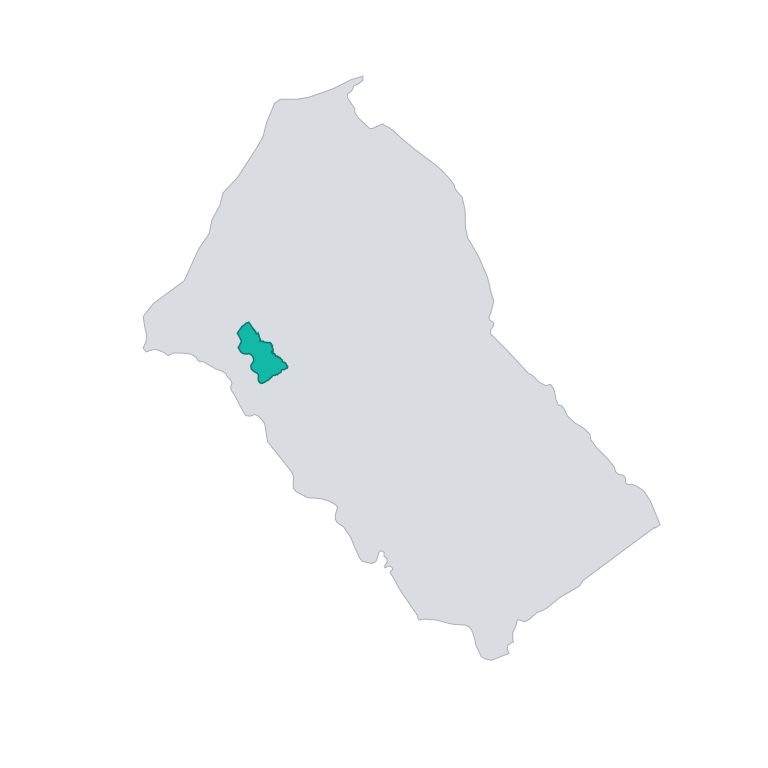 Kwahu Afram Plains North, Eastern, Ghana shown in context, rotated 144°
{"feature_id": "2480657B6837938265733", "entity_name": "Kwahu Afram Plains North", "entity_type": "district", "adm_level": 2, "iso_a3": "GHA", "parent_name": "Ghana", "parent_adm1": "Eastern", "projection": "natural_earth1", "projection_center": [-0.105, 6.867], "detail": "fine", "context": "in_parent", "style": "filled", "palette": "teal", "viewbox_px": 768, "rotation_deg": 144, "n_neighbors": 0, "source": "geoboundaries", "source_scale": "gbopen_adm2", "svg_char_len": 6767}
<svg xmlns="http://www.w3.org/2000/svg" viewBox="0 0 768 768"><g transform="rotate(144 384 384)"><path d="M459.3,97.3L464.2,102.7L465.4,105.9L463.5,117.7L459.9,125.9L457.6,133.7L457.9,137.6L460.1,141.4L467.7,147.5L471.6,151.4L476.2,157.4L481.5,163.3L490.6,170.9L494.4,172.3L494.2,174.4L493.0,177.3L492.2,205.7L491.5,213.0L490.8,216.7L490.0,227.3L489.0,228.8L487.3,228.7L485.7,229.1L485.3,231.2L486.0,233.3L491.4,234.9L490.2,236.5L486.2,237.9L484.3,241.1L485.1,244.8L482.9,247.7L483.5,249.6L485.0,251.1L487.3,250.6L493.7,245.7L496.3,245.1L499.7,246.2L505.8,253.6L506.0,257.3L503.6,269.7L501.1,279.4L500.7,292.2L503.3,299.4L502.9,303.4L500.1,306.8L493.8,311.8L494.3,315.2L497.2,321.5L502.5,328.5L512.9,337.2L518.4,348.6L518.5,353.2L515.3,357.8L511.6,361.8L510.4,367.6L512.1,405.6L503.8,422.1L503.8,426.8L504.6,432.3L506.8,435.6L511.0,436.5L514.4,439.7L513.2,451.3L511.4,463.1L511.1,468.8L510.1,471.5L506.8,473.7L505.7,477.4L506.5,482.0L505.9,485.4L507.6,489.8L511.4,495.3L517.4,509.0L519.7,510.0L520.8,512.9L520.1,515.7L522.5,521.7L529.2,527.7L536.2,533.0L541.9,533.7L543.3,538.4L547.0,544.4L549.7,547.0L554.1,548.8L557.6,549.7L557.8,554.7L551.4,558.2L547.1,563.4L543.7,571.4L539.2,580.1L523.4,584.7L517.4,584.7L485.0,584.9L454.7,602.1L437.3,608.3L426.5,618.0L412.1,624.8L402.0,633.2L381.1,637.2L346.8,650.4L336.0,655.6L325.1,664.7L307.5,675.4L300.5,675.3L286.7,665.3L276.3,660.2L250.9,652.6L231.9,649.6L222.7,646.3L220.2,645.7L222.3,642.1L227.6,641.9L233.2,643.0L237.4,640.3L243.6,639.9L245.2,637.0L245.7,629.8L245.7,624.0L247.9,621.3L248.4,614.5L245.4,599.2L243.2,597.5L232.2,595.3L231.3,592.3L229.3,589.1L227.2,581.3L224.8,569.6L221.0,555.1L213.6,531.2L211.7,522.7L210.5,514.1L210.2,503.8L211.8,500.0L211.5,494.7L210.9,489.4L216.1,477.2L226.4,462.4L228.6,457.0L230.5,453.2L230.8,447.9L232.7,430.5L237.6,409.5L240.7,401.6L242.8,397.4L245.3,390.4L246.0,387.1L255.5,378.9L259.8,376.6L260.8,373.4L259.3,369.9L260.0,367.5L262.3,366.3L265.7,365.3L268.3,361.9L264.3,336.0L261.2,310.2L261.0,308.0L259.1,304.5L257.2,293.8L254.0,287.6L249.5,285.8L249.6,279.9L254.1,270.0L255.3,264.1L253.1,262.4L252.8,257.9L254.4,250.6L253.6,246.1L252.8,241.3L248.2,230.0L247.0,222.0L249.5,217.3L249.4,207.1L246.9,191.3L246.5,181.3L248.2,177.2L247.4,173.2L244.0,169.4L243.8,165.8L246.7,162.2L246.3,159.5L242.7,157.4L239.5,152.6L236.7,144.9L237.3,132.6L242.8,109.8L243.4,107.9L249.5,108.1L249.5,109.0L268.5,108.8L290.2,108.6L316.1,108.3L339.6,108.0L340.6,107.0L344.5,105.7L368.3,108.0L383.1,106.9L389.4,107.6L394.0,109.2L404.3,108.2L409.8,108.8L413.9,114.5L415.6,114.4L417.9,112.0L422.0,109.3L426.2,107.1L429.2,102.7L431.0,99.3L433.7,100.0L437.6,99.8L440.2,97.0L441.2,92.6L459.3,97.3Z" fill="#d9dde1" stroke="#a8b0b8" stroke-width="1"/><path d="M472.8,511.3L472.9,509.9L473.3,506.8L473.8,504.2L474.3,502.3L474.8,501.8L475.8,501.4L477.3,500.7L477.9,500.1L478.6,500.0L480.3,499.4L480.6,498.9L481.0,493.9L480.3,492.0L479.7,491.0L478.0,489.5L477.1,488.6L476.0,488.4L475.1,487.4L474.4,486.1L474.0,483.7L474.3,481.9L475.3,480.1L476.2,479.0L478.1,478.3L480.0,477.7L480.8,477.1L481.6,476.1L482.5,474.2L482.3,472.4L482.0,471.2L481.2,469.2L480.3,467.2L480.1,465.7L480.6,464.5L481.6,463.4L482.2,462.8L482.7,462.2L483.2,461.1L483.7,460.3L483.8,459.4L483.7,458.4L483.1,456.7L481.6,456.0L478.9,455.5L478.5,455.6L477.4,455.5L475.3,455.2L474.3,455.2L473.3,455.3L472.3,455.7L471.7,455.6L471.0,455.4L469.9,456.1L468.6,456.2L467.8,455.4L467.5,455.4L466.9,455.0L466.3,455.2L465.5,454.9L465.0,454.2L464.3,454.5L463.5,454.3L462.5,454.5L461.6,454.2L460.5,454.0L459.8,454.8L458.8,455.4L458.1,455.6L457.5,455.4L457.0,455.1L456.7,454.4L456.2,454.1L455.4,454.2L454.6,454.3L454.3,454.2L454.0,454.1L453.6,454.1L453.3,453.9L453.1,453.8L453.0,453.7L452.9,453.8L452.7,454.0L452.3,454.2L452.2,454.2L451.9,454.4L451.8,454.5L451.7,454.7L451.6,454.8L451.7,455.1L451.7,455.3L451.7,455.5L451.7,455.8L451.7,456.0L451.8,456.3L451.7,456.4L451.8,456.5L451.7,456.7L451.7,456.9L451.7,457.0L451.5,457.4L451.4,457.5L451.4,457.9L451.5,458.1L451.5,458.4L451.4,458.6L451.4,458.8L451.4,459.0L451.5,459.3L451.7,459.7L451.8,460.0L452.0,460.4L452.2,460.6L452.3,460.8L452.7,460.9L452.7,461.0L452.8,461.3L452.9,461.5L452.9,461.8L452.9,462.0L453.0,462.1L453.0,462.3L453.0,462.5L452.9,462.6L452.7,462.6L452.6,462.8L452.6,463.0L452.3,463.2L452.5,463.4L452.4,463.6L452.5,463.8L452.5,464.0L452.5,464.3L452.6,464.5L452.8,464.9L452.8,465.0L452.8,465.4L452.8,465.6L452.7,465.7L452.7,465.8L452.6,466.0L452.6,466.3L452.7,466.5L452.9,467.0L453.1,467.2L453.7,467.3L454.0,467.4L454.1,467.7L454.2,468.1L453.6,468.6L453.8,469.1L454.0,469.4L454.2,469.5L454.4,469.5L454.6,469.6L454.7,469.8L454.8,470.0L455.0,470.1L455.3,470.2L455.4,470.4L455.5,470.5L455.4,470.8L455.2,470.9L455.0,471.0L454.9,471.4L455.0,471.6L454.9,472.0L454.7,472.1L454.9,473.2L455.0,473.3L455.2,473.5L455.3,473.5L455.8,473.8L456.1,473.9L456.3,474.1L456.5,474.1L456.4,474.4L456.3,474.7L456.3,475.0L456.3,475.3L456.2,475.4L456.3,475.6L456.2,475.7L456.1,475.9L455.7,476.5L455.4,476.2L455.3,475.8L455.2,475.7L455.1,475.4L455.0,475.1L454.9,475.2L454.8,475.3L454.7,475.5L454.4,475.8L454.1,476.1L454.0,476.3L453.9,476.4L453.9,476.5L453.7,476.8L453.4,477.0L453.4,477.3L453.3,477.5L453.3,477.9L453.3,478.0L453.2,478.3L453.1,478.5L452.9,478.9L452.9,479.0L452.9,479.3L452.7,479.5L452.7,479.9L452.6,480.0L452.4,480.2L452.3,480.3L452.2,480.3L451.9,480.3L451.9,480.5L451.9,480.9L451.9,481.0L451.9,481.3L451.9,481.5L451.7,481.7L451.8,481.8L451.7,481.8L451.7,482.1L451.7,482.3L451.6,482.5L451.6,482.8L451.6,483.0L451.6,483.3L451.6,483.5L451.6,483.9L451.7,484.0L451.7,484.3L451.9,484.4L451.9,484.5L452.1,484.6L452.3,484.7L452.3,484.8L452.6,484.9L452.6,485.0L452.8,485.1L453.0,485.3L453.2,485.5L453.3,485.6L453.6,485.6L453.8,485.7L454.0,485.8L454.1,486.1L454.3,486.2L454.3,486.3L454.3,486.5L454.4,486.8L454.8,487.0L455.2,487.1L455.4,487.4L455.8,487.7L456.1,488.1L456.7,488.8L456.6,489.2L456.4,489.5L456.5,489.7L457.4,490.1L458.0,490.4L458.9,491.1L459.1,491.3L458.4,491.6L458.0,492.1L457.8,492.5L457.7,493.3L457.6,493.9L457.6,494.1L457.5,494.4L457.5,494.7L457.4,495.0L457.3,495.3L457.2,495.5L457.1,495.9L457.1,496.1L457.1,496.3L456.9,496.5L456.7,496.7L456.7,496.8L456.5,497.0L456.4,497.4L456.4,497.5L456.3,497.8L456.2,497.9L456.1,498.6L456.1,498.8L456.0,499.0L455.9,499.3L456.2,499.2L456.6,499.2L457.3,499.2L457.5,499.4L457.7,499.6L457.9,500.0L457.8,500.6L457.6,501.1L457.4,501.0L457.2,501.4L457.1,501.6L457.1,501.8L457.0,502.1L457.2,502.4L457.3,502.4L457.3,502.6L457.5,502.7L457.5,502.9L457.5,503.0L457.4,503.1L457.4,503.3L457.3,503.5L457.1,503.6L457.0,504.0L457.3,504.1L457.6,504.4L457.6,504.6L457.4,505.0L457.2,505.6L457.2,506.1L457.3,506.7L457.3,507.7L457.2,510.1L457.1,511.4L457.1,513.5L458.7,513.8L459.8,514.3L463.2,513.8L464.8,514.1L472.8,511.3Z" fill="#14b8a6" stroke="#0f766e" stroke-width="1.5"/></g></svg>